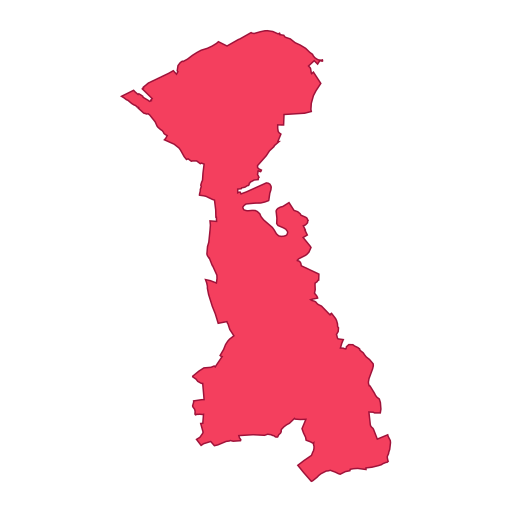 Ogra, Mures, Romania
{"feature_id": "2599482B93803341690791", "entity_name": "Ogra", "entity_type": "district", "adm_level": 2, "iso_a3": "ROU", "parent_name": "Romania", "parent_adm1": "Mures", "projection": "natural_earth1", "projection_center": [24.323, 46.44], "detail": "fine", "context": "isolated", "style": "filled", "palette": "rose", "viewbox_px": 512, "rotation_deg": 0, "n_neighbors": 0, "source": "geoboundaries", "source_scale": "gbopen_adm2", "svg_char_len": 6054}
<svg xmlns="http://www.w3.org/2000/svg" viewBox="0 0 512 512"><path d="M321.0,473.7L326.3,471.0L328.0,470.9L330.3,470.3L335.2,472.1L338.5,473.7L340.2,474.2L345.4,471.6L349.9,470.7L350.2,469.3L353.4,468.7L357.7,468.4L366.0,469.5L366.0,467.9L372.0,467.2L378.5,465.6L381.6,464.6L382.6,463.8L386.0,462.4L387.1,462.3L388.2,461.3L387.9,460.6L387.3,457.8L387.3,456.4L388.5,453.8L388.8,452.1L389.7,449.4L390.5,442.7L390.3,440.6L388.1,436.3L387.7,434.8L377.3,439.1L373.5,429.3L372.9,428.3L371.4,427.0L370.6,425.8L370.3,424.7L368.9,412.0L373.2,412.2L374.5,412.9L380.3,412.9L380.9,409.1L380.4,402.6L379.3,399.0L376.9,397.2L375.4,395.2L374.5,393.3L370.7,387.1L369.8,385.8L369.2,385.8L368.5,383.5L368.4,382.0L369.0,378.6L372.6,368.8L373.3,365.9L373.2,363.9L369.7,359.7L366.2,356.9L364.6,354.9L363.3,352.9L359.9,350.2L359.8,349.3L359.4,348.6L358.9,348.6L358.1,347.7L354.4,345.9L352.9,344.7L348.8,344.6L346.4,346.8L346.2,348.1L345.8,348.9L343.9,348.5L343.5,348.2L340.4,348.0L341.8,343.2L343.3,339.6L338.1,338.9L337.5,338.2L336.5,334.4L338.2,331.5L338.5,327.8L337.6,326.6L337.5,323.9L336.6,320.7L335.6,318.6L331.5,313.3L330.5,314.0L330.5,314.8L330.0,314.9L321.5,306.1L318.2,304.5L317.1,303.6L315.7,301.9L314.4,301.2L311.9,300.5L310.7,299.7L313.0,299.0L317.6,298.1L317.5,297.4L316.5,295.6L314.5,293.2L315.2,289.7L315.0,284.6L315.1,283.1L317.1,281.7L318.0,280.3L318.7,280.1L318.9,274.1L301.3,265.8L300.8,263.3L300.2,262.1L299.1,261.1L297.3,260.6L297.3,260.2L298.7,258.8L305.4,255.4L306.7,254.5L308.9,252.2L311.0,247.5L310.2,246.2L303.1,237.5L307.3,235.0L304.9,230.1L305.3,229.9L303.3,225.8L305.5,224.9L307.5,222.8L307.7,221.0L308.1,220.6L306.8,218.0L305.6,217.2L301.0,215.2L300.1,213.7L297.7,211.7L294.0,210.4L289.0,202.6L282.8,206.5L280.4,207.1L277.8,208.5L276.7,209.7L276.1,211.0L276.9,218.2L276.7,223.6L278.0,225.5L283.4,227.8L285.8,229.2L287.5,231.5L287.7,232.4L287.0,234.6L286.0,235.5L283.9,236.2L281.3,236.4L279.0,236.0L277.9,235.2L276.4,233.8L274.1,229.9L272.4,227.5L263.6,219.9L260.9,216.5L259.8,213.8L257.3,211.5L255.2,210.5L252.2,210.4L247.8,210.8L246.2,210.6L244.2,210.0L243.6,209.5L242.8,207.6L242.9,207.0L243.9,205.6L245.7,204.2L246.6,203.9L255.3,203.1L260.6,203.0L264.8,202.0L268.6,200.6L268.8,200.2L269.8,193.2L270.9,189.8L271.1,188.0L271.2,187.1L270.9,186.0L269.9,184.2L268.2,183.2L266.3,182.9L246.4,191.9L241.0,193.9L240.1,192.1L239.0,192.2L237.7,192.8L237.7,190.7L237.7,189.1L241.2,188.7L241.6,187.9L244.9,187.2L247.4,185.6L248.4,185.5L249.1,184.7L249.1,184.0L249.4,183.1L250.0,182.8L250.5,181.9L251.9,181.4L252.5,180.8L253.5,180.5L254.1,180.0L258.2,179.6L258.3,178.1L259.0,177.3L257.5,174.4L257.9,172.8L257.9,171.5L258.2,170.8L260.4,171.7L260.8,171.5L261.4,170.1L258.7,168.8L257.9,167.9L257.6,167.6L257.5,165.6L266.2,155.8L269.5,150.8L274.0,146.6L274.3,145.7L279.0,141.6L277.8,141.6L280.9,134.1L279.2,132.9L278.2,131.5L277.7,128.4L277.7,124.9L283.6,125.0L284.0,114.5L304.7,113.2L311.3,111.5L310.9,109.4L311.3,103.3L313.4,95.7L316.0,90.7L320.8,83.4L313.4,72.1L311.7,73.7L311.3,73.1L310.6,68.7L310.2,67.8L308.5,66.0L314.2,60.7L317.6,64.1L318.7,62.3L320.1,60.6L322.2,61.2L322.6,60.9L322.4,59.9L321.1,60.2L318.5,59.9L317.0,59.2L314.8,57.7L313.3,55.9L312.5,54.3L309.8,52.4L305.6,48.3L300.1,45.0L295.1,42.7L290.3,38.9L285.5,37.3L284.7,36.7L283.8,35.3L279.7,34.6L279.8,33.5L279.6,33.2L278.3,33.8L277.7,33.7L272.8,31.5L267.3,30.7L264.8,30.8L260.5,31.7L254.1,33.5L251.8,33.1L251.1,32.6L239.8,39.0L238.4,39.5L227.0,46.0L218.4,41.7L216.5,43.4L212.1,46.1L207.4,48.3L201.2,50.2L197.1,52.4L192.5,55.3L187.4,59.2L183.1,61.5L182.7,61.2L181.7,61.5L180.1,62.8L178.0,65.6L177.2,70.8L177.9,71.7L176.5,74.2L173.3,70.7L168.7,73.3L148.4,83.0L143.2,87.3L143.6,87.9L142.3,88.9L152.2,98.6L150.8,100.1L151.3,100.7L149.5,101.4L148.4,100.5L143.1,97.3L142.8,96.3L140.6,94.8L138.8,93.8L138.1,94.5L135.1,91.9L133.6,90.3L121.5,96.3L124.1,97.9L126.4,99.7L127.9,100.3L131.7,103.5L134.3,105.1L135.5,105.4L136.8,106.8L138.6,107.5L138.7,107.8L138.3,108.2L143.4,112.8L144.1,113.3L145.7,113.5L146.2,114.0L148.2,113.8L149.8,115.1L155.2,121.9L157.1,126.2L158.0,127.3L160.5,129.5L162.2,130.6L163.3,132.0L164.0,133.5L165.4,134.6L167.2,135.6L165.7,138.4L164.4,139.8L174.2,144.2L179.0,148.0L180.4,149.9L184.2,156.7L186.5,159.5L188.1,158.8L191.3,161.2L192.7,160.9L196.6,160.9L200.3,163.7L201.5,163.1L204.1,164.1L203.0,173.0L202.5,180.3L201.7,182.0L200.9,184.6L200.8,185.4L201.3,186.4L200.3,189.5L200.3,191.0L199.5,194.2L199.5,195.2L203.8,195.8L205.9,196.3L212.4,199.4L214.5,200.1L215.7,209.9L215.9,217.2L216.4,217.2L216.6,221.4L210.0,220.9L210.4,225.1L210.0,230.5L208.8,242.2L207.5,246.6L206.9,254.0L207.4,255.6L209.0,258.1L209.3,258.0L211.9,264.6L212.4,265.7L212.6,265.7L216.9,275.2L217.0,278.5L216.4,283.0L210.5,280.7L205.5,279.6L206.7,282.9L207.4,286.2L207.4,288.3L208.6,294.5L212.3,306.3L215.3,313.8L218.2,323.3L226.9,321.6L227.4,323.1L228.0,323.9L229.8,329.5L233.9,335.8L229.6,339.1L227.8,341.1L225.6,344.5L223.6,349.5L220.1,355.5L221.2,356.4L222.1,356.6L215.2,366.9L214.2,366.0L211.0,367.3L203.9,367.9L198.9,371.1L192.7,376.2L192.7,376.8L196.0,379.1L197.8,381.4L201.4,383.4L202.7,383.4L204.1,399.6L201.6,399.7L193.6,400.9L193.7,402.0L192.6,405.9L192.9,406.9L194.5,409.1L195.1,411.1L195.0,412.4L195.2,412.9L194.9,413.9L195.2,414.5L195.7,414.9L196.9,414.2L197.8,414.4L199.5,414.2L202.6,414.5L203.5,414.3L202.8,423.3L200.7,423.5L203.1,432.2L202.6,433.5L199.9,437.3L196.5,439.4L201.1,445.4L203.6,443.7L210.7,441.5L214.4,445.7L217.8,444.9L226.2,441.4L229.3,441.0L230.2,440.5L233.2,441.2L240.5,440.7L240.8,439.7L239.5,437.9L238.8,435.6L253.1,434.7L264.6,435.3L267.6,434.2L271.6,434.8L272.1,435.3L274.1,435.8L275.4,436.9L277.1,437.1L277.7,436.9L278.7,434.8L280.6,433.0L281.2,431.7L281.2,430.0L281.6,429.2L283.9,426.8L286.7,424.7L289.4,423.3L294.5,418.4L295.1,419.1L300.4,419.5L305.9,419.3L302.0,428.7L303.5,432.9L305.6,437.3L306.1,440.2L310.4,441.8L313.1,443.3L313.7,442.8L313.5,444.6L314.0,446.2L314.0,448.3L313.4,451.1L312.8,452.0L311.5,455.4L304.2,460.4L297.8,465.3L303.7,472.6L311.3,481.3L312.5,480.9L317.1,477.2L318.7,475.5L321.0,473.7Z" fill="#f43f5e" stroke="#9f1239" stroke-width="1.5"/></svg>